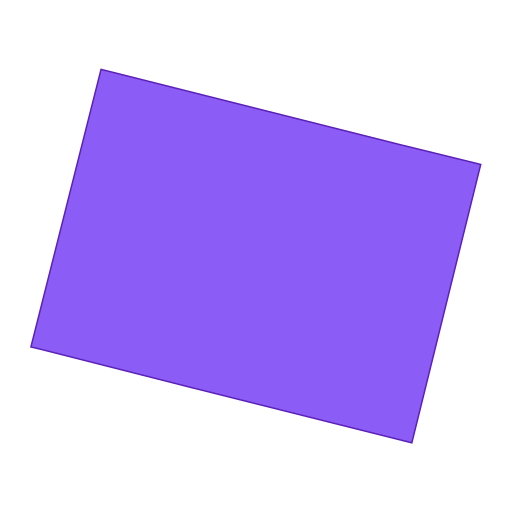 Murray, Minnesota, United States of America, rotated 14°
{"feature_id": "52423323B53940725517536", "entity_name": "Murray", "entity_type": "district", "adm_level": 2, "iso_a3": "USA", "parent_name": "United States of America", "parent_adm1": "Minnesota", "projection": "natural_earth1", "projection_center": [-95.82, 44.022], "detail": "fine", "context": "isolated", "style": "filled", "palette": "violet", "viewbox_px": 512, "rotation_deg": 14, "n_neighbors": 0, "source": "geoboundaries", "source_scale": "gbopen_adm2", "svg_char_len": 262}
<svg xmlns="http://www.w3.org/2000/svg" viewBox="0 0 512 512"><g transform="rotate(14 256 256)"><path d="M67.6,398.6L224.5,399.3L452.4,399.6L451.9,112.8L366.6,113.1L60.5,112.4L59.6,398.7L67.6,398.6Z" fill="#8b5cf6" stroke="#5b21b6" stroke-width="1.5"/></g></svg>